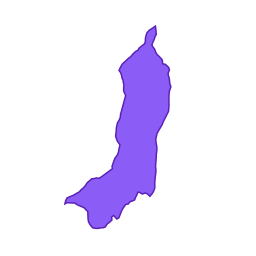 Urânia, São Paulo, Brazil, rotated 15°
{"feature_id": "56859067B79716991712653", "entity_name": "Urânia", "entity_type": "district", "adm_level": 2, "iso_a3": "BRA", "parent_name": "Brazil", "parent_adm1": "São Paulo", "projection": "equal_earth", "projection_center": [-50.659, -20.197], "detail": "fine", "context": "isolated", "style": "filled", "palette": "violet", "viewbox_px": 256, "rotation_deg": 15, "n_neighbors": 0, "source": "geoboundaries", "source_scale": "gbopen_adm2", "svg_char_len": 2156}
<svg xmlns="http://www.w3.org/2000/svg" viewBox="0 0 256 256"><g transform="rotate(15 128 128)"><path d="M116.5,125.5L116.7,131.0L117.5,134.4L118.1,139.0L120.9,143.3L122.5,144.6L124.6,146.5L124.7,150.2L125.0,153.8L124.7,156.9L123.3,160.2L122.9,163.4L122.5,169.3L123.5,171.3L115.0,182.0L112.9,184.2L110.4,184.4L107.7,185.9L106.0,186.5L105.0,188.3L103.7,189.9L102.6,191.9L101.7,194.8L100.2,197.7L98.8,199.6L97.4,202.4L95.8,203.9L94.0,205.7L92.0,207.7L89.5,209.4L87.3,211.3L86.6,214.2L86.7,217.6L88.3,216.0L90.9,215.4L93.6,214.9L95.9,214.2L97.8,215.0L100.6,215.6L104.6,216.1L106.7,216.6L108.4,217.8L110.8,219.2L112.0,223.1L113.1,226.5L114.1,228.8L116.6,231.4L119.6,233.5L121.8,233.4L124.7,232.9L127.3,231.6L130.2,230.6L131.8,229.3L132.5,226.5L134.2,224.3L136.3,221.1L135.2,218.2L136.7,216.3L139.1,217.7L140.8,218.8L142.4,217.2L142.9,213.2L143.2,210.2L143.8,207.4L145.5,202.5L147.9,201.3L149.3,198.3L151.0,197.5L153.0,195.8L153.3,193.0L153.8,190.5L154.2,187.4L155.9,187.2L158.9,188.1L161.5,186.3L163.8,186.6L166.8,188.3L168.3,185.3L169.1,182.5L169.4,178.8L168.7,176.3L167.9,173.7L167.5,170.9L166.9,167.9L166.7,165.7L166.2,162.8L165.6,160.5L164.5,157.9L164.0,155.0L163.1,150.2L162.2,146.3L161.6,141.8L160.5,138.2L159.3,135.9L157.7,131.7L157.5,125.7L158.4,121.9L159.3,119.0L160.0,116.4L160.5,112.5L161.3,108.8L162.8,101.5L162.4,98.9L161.6,94.9L160.8,92.3L160.0,89.3L158.8,84.5L158.5,81.7L158.7,77.0L156.8,74.1L155.6,70.8L154.3,68.1L153.1,66.5L152.6,64.2L153.0,61.2L151.6,59.0L149.7,57.9L147.4,56.8L144.9,57.1L143.5,53.4L141.0,51.7L139.2,50.6L137.1,49.5L135.1,47.5L133.0,44.6L131.1,43.3L129.6,41.6L129.8,38.9L130.3,36.3L130.5,32.7L131.1,30.3L130.3,28.2L129.5,25.8L128.1,22.5L126.3,24.7L124.8,26.3L123.1,28.2L121.7,31.0L121.5,33.8L121.6,36.9L122.3,39.9L122.3,42.2L120.7,44.3L119.2,46.4L117.9,48.2L117.5,50.4L115.8,51.8L114.2,54.2L113.1,56.3L112.2,58.4L110.3,60.7L108.3,64.0L107.1,65.8L105.8,68.0L105.0,71.3L104.4,74.8L106.4,76.3L108.0,78.5L109.4,81.5L110.7,82.9L111.7,85.3L113.0,87.6L113.3,89.9L114.2,93.3L115.8,95.4L117.4,97.3L117.3,101.8L117.3,113.0L117.2,116.3L117.8,119.9L117.3,123.1L116.5,125.5Z" fill="#8b5cf6" stroke="#5b21b6" stroke-width="1.5"/></g></svg>